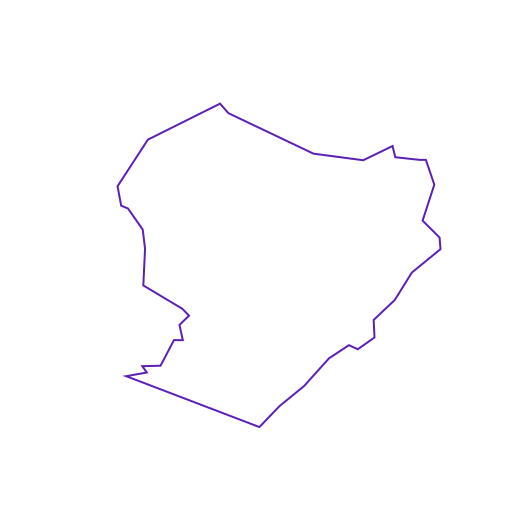 the district of Barbour, West Virginia, United States of America, rotated 31°
{"feature_id": "52423323B50280132213265", "entity_name": "Barbour", "entity_type": "district", "adm_level": 2, "iso_a3": "USA", "parent_name": "United States of America", "parent_adm1": "West Virginia", "projection": "orthographic", "projection_center": [-79.996, 39.125], "detail": "fine", "context": "isolated", "style": "outline", "palette": "violet", "viewbox_px": 512, "rotation_deg": 31, "n_neighbors": 0, "source": "geoboundaries", "source_scale": "gbopen_adm2", "svg_char_len": 629}
<svg xmlns="http://www.w3.org/2000/svg" viewBox="0 0 512 512"><g transform="rotate(31 256 256)"><path d="M146.7,143.9L103.4,211.9L101.4,267.5L114.5,282.3L121.8,281.2L145.3,291.7L157.2,307.0L174.6,339.3L220.0,339.2L229.3,341.6L225.9,354.5L236.6,365.8L229.0,370.4L230.7,399.2L215.3,409.0L222.4,412.1L206.6,425.9L347.0,400.9L353.5,372.4L364.2,342.6L371.3,306.0L381.6,284.6L391.3,283.5L399.5,264.8L389.8,250.2L397.6,222.1L398.1,189.9L410.6,155.1L403.8,145.6L380.6,139.9L372.1,103.0L352.1,86.1L347.0,89.2L324.5,99.6L316.4,91.4L298.6,118.7L252.5,138.7L158.8,147.8L146.7,143.9Z" fill="none" stroke="#5b21b6" stroke-width="2"/></g></svg>